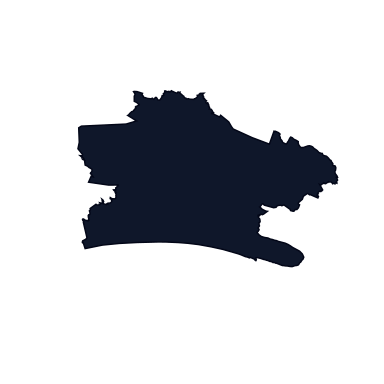 Escuinapa, Sinaloa, Mexico, rotated 307°
{"feature_id": "50627088B92703262083917", "entity_name": "Escuinapa", "entity_type": "district", "adm_level": 2, "iso_a3": "MEX", "parent_name": "Mexico", "parent_adm1": "Sinaloa", "projection": "equal_earth", "projection_center": [-105.661, 22.715], "detail": "fine", "context": "isolated", "style": "filled", "palette": "ink", "viewbox_px": 384, "rotation_deg": 307, "n_neighbors": 0, "source": "geoboundaries", "source_scale": "gbopen_adm2", "svg_char_len": 6082}
<svg xmlns="http://www.w3.org/2000/svg" viewBox="0 0 384 384"><g transform="rotate(307 192 192)"><path d="M290.0,220.9L276.8,225.0L271.6,207.3L267.1,187.0L267.9,184.3L270.1,179.1L270.5,168.7L268.5,168.9L267.0,161.6L266.4,160.5L266.7,160.2L267.2,160.3L267.8,161.8L268.3,161.7L268.5,160.0L269.0,159.4L269.6,157.7L269.4,157.1L268.6,155.9L269.6,155.6L270.2,155.0L270.4,154.4L270.2,153.9L271.5,153.2L271.7,152.8L271.6,152.3L272.4,151.6L272.7,151.0L272.5,150.5L272.2,150.4L271.8,150.9L271.6,150.6L271.7,149.2L272.8,148.5L273.5,148.7L273.6,147.0L274.0,145.9L273.6,145.4L273.8,144.5L274.1,144.2L274.9,144.3L275.2,142.3L275.8,142.6L276.1,141.9L276.4,141.7L278.0,142.0L275.7,139.2L275.2,139.3L274.7,138.9L273.7,139.2L272.3,138.0L271.8,138.8L271.0,139.1L268.4,138.4L267.9,137.8L267.1,137.8L264.8,134.4L264.3,132.9L262.8,131.6L263.3,130.8L262.8,129.6L263.1,128.4L263.5,127.9L263.4,126.4L263.7,124.7L263.5,123.4L263.9,122.6L264.5,122.4L263.8,121.7L263.7,121.1L263.4,120.6L261.8,120.5L261.2,118.5L260.8,116.4L260.3,115.8L260.6,115.1L260.5,114.6L258.4,114.2L258.2,113.7L258.5,113.0L257.0,111.7L256.9,110.4L256.5,109.5L256.2,109.4L255.0,110.5L253.4,109.9L252.2,111.3L251.8,111.2L251.1,110.2L250.5,110.3L249.5,110.9L246.6,111.0L245.6,110.7L245.1,109.7L245.1,109.1L246.0,106.9L245.9,106.3L245.4,105.9L243.0,105.8L242.8,105.3L243.1,104.2L243.0,103.8L241.8,103.3L240.4,100.9L240.1,100.6L238.9,97.1L238.3,96.5L238.6,95.8L239.1,95.6L239.4,94.6L239.3,94.3L239.6,93.5L241.0,93.1L239.1,87.7L237.6,85.4L237.0,84.9L235.9,87.8L233.8,88.2L229.7,91.3L230.2,93.9L230.1,96.9L229.6,96.8L229.4,97.2L227.4,96.4L226.8,95.8L225.8,95.7L225.6,96.5L224.9,96.8L224.4,96.5L222.0,96.3L221.4,96.6L219.8,95.5L217.2,95.0L215.3,95.0L214.5,94.6L215.4,105.0L206.6,98.5L178.0,64.0L175.1,62.9L163.8,72.1L157.9,74.9L156.1,82.0L154.9,82.6L153.7,80.8L153.6,82.4L153.4,83.0L153.9,83.9L153.9,84.5L153.4,85.7L152.4,84.6L152.3,85.3L152.5,85.9L152.6,87.6L151.9,87.8L149.2,90.5L149.8,93.0L149.6,95.3L149.9,96.6L149.9,98.4L149.7,98.8L147.8,99.8L146.7,99.5L145.8,99.6L145.6,100.8L145.4,100.9L145.4,101.8L144.6,103.8L143.9,102.0L137.6,103.5L147.4,121.3L153.1,128.7L153.0,128.8L152.6,128.8L152.5,129.1L152.2,128.8L151.5,128.8L150.5,129.1L149.4,128.6L148.8,129.2L147.8,129.6L147.7,129.9L147.3,129.9L147.1,128.8L146.5,128.1L146.3,128.7L146.3,130.1L146.1,131.4L145.5,130.9L144.3,133.0L143.4,133.3L142.0,134.6L140.6,134.7L139.8,134.2L138.5,132.0L138.3,131.2L138.5,130.5L138.4,130.1L137.5,130.6L137.4,130.9L137.9,132.6L136.9,132.8L136.1,133.7L135.7,133.7L134.0,133.4L132.5,131.6L131.6,131.2L131.5,131.5L131.4,131.2L130.5,131.3L129.3,128.4L129.6,127.6L131.2,127.2L132.0,125.6L132.0,124.5L131.2,125.8L130.8,125.6L130.3,126.5L129.7,126.6L129.3,127.0L129.4,127.7L129.0,127.7L127.9,124.9L127.5,125.9L127.1,126.2L126.5,126.1L126.2,125.5L126.0,125.8L125.8,125.8L125.3,125.3L124.3,123.6L124.4,122.7L117.5,120.6L116.5,121.6L116.1,121.7L115.2,121.4L114.5,122.5L113.3,123.6L112.4,123.9L111.6,123.2L110.8,123.3L109.4,124.5L109.0,125.4L107.8,125.8L107.7,126.5L107.3,126.7L106.2,126.3L106.1,125.6L105.2,123.7L105.2,121.7L104.8,121.1L104.3,121.0L103.7,121.8L103.1,123.4L102.4,123.5L92.2,135.7L90.3,135.6L87.2,134.1L85.9,134.6L85.6,135.1L86.1,135.6L82.5,140.7L95.7,152.4L107.2,164.9L118.8,178.7L131.9,195.2L136.2,201.0L143.3,211.3L148.6,219.6L154.0,228.9L159.8,240.4L164.8,251.3L170.4,265.9L171.3,268.7L172.5,273.5L173.4,275.4L173.9,277.5L174.5,277.9L174.9,277.8L175.9,282.3L175.5,283.4L175.6,284.3L176.5,284.2L177.7,282.6L178.8,283.4L180.3,286.8L181.3,289.9L182.0,291.2L182.3,292.5L182.8,293.4L183.5,296.2L183.9,296.4L184.0,296.8L184.5,298.7L184.4,299.1L185.1,300.0L185.6,301.3L185.5,301.6L186.0,302.4L187.5,307.9L188.0,309.1L188.5,309.5L188.8,310.1L188.9,310.6L190.3,312.7L191.6,315.3L192.8,317.0L195.1,318.5L196.4,319.9L197.8,320.8L198.8,320.8L200.2,320.5L201.2,321.0L203.9,320.8L205.0,321.1L207.2,320.5L208.9,317.4L209.5,313.5L208.3,305.8L208.2,303.1L207.9,300.2L207.2,297.2L204.4,290.4L204.1,288.9L203.1,286.9L202.5,284.9L201.5,282.8L201.0,280.4L199.4,277.4L198.2,274.2L198.1,271.6L198.7,268.5L199.1,268.2L200.3,268.5L202.2,268.3L202.7,267.6L202.7,267.0L203.2,266.4L205.4,266.3L206.0,265.8L206.1,265.4L207.3,264.3L207.5,263.9L208.3,264.4L209.5,264.1L211.2,262.4L211.7,260.3L212.2,259.7L212.5,259.4L213.0,259.8L213.1,259.4L213.3,259.6L213.6,258.9L214.2,259.3L214.2,259.8L214.6,259.7L214.9,260.4L215.8,260.4L216.2,261.8L217.5,262.5L221.9,263.8L221.2,262.5L220.6,259.3L220.4,256.9L220.7,256.9L220.8,255.0L221.5,255.2L223.9,255.2L225.1,255.4L225.3,255.8L225.0,257.6L228.6,266.7L230.3,268.3L232.5,268.4L234.7,270.5L235.1,272.0L237.0,273.2L237.2,280.8L236.5,281.9L237.5,284.4L238.2,285.0L240.1,285.0L241.1,286.3L243.4,286.5L246.5,285.6L246.4,284.1L247.4,283.4L252.6,284.5L255.6,283.5L259.9,284.9L260.5,285.4L260.5,287.6L261.1,288.1L263.0,296.1L263.8,295.9L263.8,295.5L264.6,295.6L264.8,295.0L264.6,294.1L265.5,294.0L265.8,293.9L265.8,293.5L266.5,293.6L266.4,293.3L267.5,293.0L269.3,293.4L269.6,294.0L269.8,294.0L269.9,294.5L270.8,294.3L270.9,295.0L272.3,295.1L274.8,289.5L275.0,290.6L275.3,290.8L277.4,291.3L278.0,291.9L278.7,291.7L278.7,293.3L279.2,293.8L280.6,294.1L281.4,294.8L282.4,294.7L282.5,295.5L283.6,296.7L283.6,298.7L283.2,299.3L284.1,299.8L284.5,301.3L285.3,301.0L285.8,301.1L286.2,302.4L286.9,301.8L287.3,301.0L289.1,301.1L290.0,299.7L290.4,298.4L290.7,298.3L290.8,298.9L291.3,299.4L292.1,298.1L292.9,295.4L294.1,293.8L295.8,293.5L297.9,292.3L298.9,290.8L298.6,289.8L297.8,288.6L298.1,288.0L299.1,287.7L299.4,287.4L300.2,285.0L300.7,284.3L300.8,283.9L300.6,282.7L301.2,280.6L301.5,277.9L300.3,274.9L300.4,274.2L301.2,272.8L300.5,271.8L300.3,270.7L299.9,269.9L300.4,267.0L300.4,265.1L300.2,263.4L300.6,261.2L300.3,259.6L299.7,258.1L298.5,256.8L294.6,254.2L293.2,252.4L293.1,251.4L293.8,249.1L294.9,247.4L296.2,246.5L296.0,244.2L295.4,241.3L295.7,239.6L295.3,237.8L294.6,237.7L292.9,237.9L290.6,238.4L289.0,238.3L288.2,238.7L287.1,238.4L286.7,237.6L286.1,234.7L287.1,233.0L287.6,230.8L287.9,230.2L288.7,229.7L289.7,227.7L291.1,227.5L291.4,227.0L291.4,225.1L290.7,222.1L290.2,222.0L290.0,220.9Z" fill="#0f172a" stroke="#020617" stroke-width="1.5"/></g></svg>